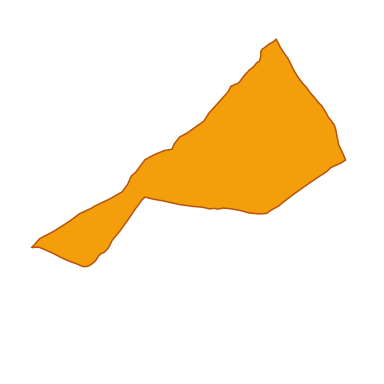 the district of Gwelekpoken, Maryland, Liberia, rotated 232°
{"feature_id": "62588387B88590052314441", "entity_name": "Gwelekpoken", "entity_type": "district", "adm_level": 2, "iso_a3": "LBR", "parent_name": "Liberia", "parent_adm1": "Maryland", "projection": "albers", "projection_center": [-7.93, 4.962], "detail": "fine", "context": "isolated", "style": "filled", "palette": "amber", "viewbox_px": 384, "rotation_deg": 232, "n_neighbors": 0, "source": "geoboundaries", "source_scale": "gbopen_adm2", "svg_char_len": 1930}
<svg xmlns="http://www.w3.org/2000/svg" viewBox="0 0 384 384"><g transform="rotate(232 192 192)"><path d="M147.9,341.2L152.0,343.4L156.9,345.3L161.9,345.6L163.1,345.6L166.8,345.5L170.2,346.1L173.7,346.7L180.4,347.2L182.0,347.0L183.2,346.9L184.7,346.7L188.9,346.7L195.0,346.4L199.3,346.3L204.2,346.6L208.9,346.1L217.0,346.2L226.7,347.4L233.3,348.9L238.3,349.9L242.1,349.9L250.5,350.6L252.4,350.8L256.7,351.7L259.7,352.2L260.6,352.3L260.6,351.5L260.4,348.0L261.1,344.1L261.1,339.1L261.3,335.4L260.5,333.1L259.1,331.7L257.2,330.4L254.9,327.6L253.8,325.6L253.9,322.2L253.4,320.4L253.1,319.0L252.8,316.7L252.8,312.1L252.2,308.7L251.8,305.8L250.7,301.6L249.5,297.3L249.4,294.4L250.5,291.6L251.0,288.3L251.4,288.2L248.6,281.4L245.5,264.0L243.7,253.7L240.6,245.3L241.1,233.0L241.5,224.2L241.8,222.9L242.7,217.7L242.9,216.3L241.0,208.1L238.1,202.5L241.0,197.0L241.5,196.2L244.6,185.6L246.4,174.8L245.7,172.4L243.8,165.6L242.2,159.5L242.1,154.4L238.8,148.0L237.6,145.9L235.2,136.9L235.3,136.1L237.2,122.7L239.0,114.8L240.8,106.7L241.1,102.9L242.9,95.4L244.1,90.4L244.4,77.3L246.2,58.9L248.0,49.0L249.0,43.5L247.2,33.4L247.1,31.7L246.7,31.8L245.2,34.0L243.6,36.3L242.9,37.3L236.8,40.7L229.1,44.8L220.3,48.8L217.5,50.3L211.3,53.7L209.9,54.6L206.6,56.8L200.3,60.2L198.2,62.9L197.0,66.8L197.1,73.3L198.3,76.8L199.3,79.6L199.4,83.2L198.5,85.0L199.3,91.6L203.1,99.4L205.5,110.7L209.5,124.4L210.8,128.5L213.1,135.5L216.6,147.9L216.8,150.4L216.8,151.9L215.9,152.6L209.9,157.3L202.5,164.0L189.8,174.4L180.8,183.1L173.6,190.8L170.2,193.6L168.0,195.3L167.3,196.4L165.4,199.5L162.6,201.7L160.1,206.8L154.0,213.1L147.6,218.7L140.8,223.7L133.4,231.3L129.2,237.6L129.0,243.2L127.6,251.6L127.8,257.0L127.7,269.2L127.5,273.5L127.2,282.5L126.1,300.1L125.2,310.0L125.7,316.8L123.0,327.8L122.7,332.8L128.0,334.2L131.3,335.0L134.7,335.8L139.3,336.8L143.1,338.9L146.0,340.2L147.4,341.0L147.9,341.2Z" fill="#f59e0b" stroke="#b45309" stroke-width="1.5"/></g></svg>